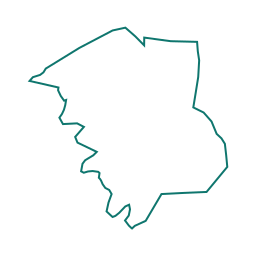 the border of Bərdə, rotated 186°
{"feature_id": "AZE-1696", "entity_name": "Bərdə", "entity_type": "District", "adm_level": 1, "iso_a3": "AZE", "parent_name": "Azerbaijan", "parent_adm1": "", "projection": "orthographic", "projection_center": [47.272, 40.358], "detail": "fine", "context": "isolated", "style": "outline", "palette": "teal", "viewbox_px": 256, "rotation_deg": 186, "n_neighbors": 0, "source": "natural_earth", "source_scale": "10m", "svg_char_len": 1026}
<svg xmlns="http://www.w3.org/2000/svg" viewBox="0 0 256 256"><g transform="rotate(186 128 128)"><path d="M121.3,219.6L94.6,218.8L68.3,220.9L66.6,211.6L64.3,202.7L63.5,186.0L64.4,169.3L65.2,155.3L54.4,151.3L45.6,143.2L39.2,131.4L34.0,127.5L30.0,122.4L27.5,111.1L25.2,99.7L43.2,72.6L66.2,69.2L87.8,65.8L100.7,37.5L111.0,31.4L113.5,28.5L113.9,28.7L116.9,31.0L121.3,35.7L118.1,41.0L117.5,47.3L118.9,51.8L122.5,49.7L127.8,42.8L131.3,39.3L134.1,37.9L140.6,42.8L139.6,51.8L137.4,60.6L140.2,64.4L144.3,66.0L147.3,69.4L149.3,72.9L150.5,74.4L151.8,75.5L151.6,80.2L153.0,81.3L158.7,81.5L163.2,80.6L167.3,78.9L170.1,80.0L169.5,87.7L167.2,91.5L159.6,97.3L156.6,101.0L176.7,108.2L179.6,113.6L172.0,124.5L179.1,127.3L193.1,125.1L197.3,131.1L195.1,135.1L193.6,139.5L192.8,144.2L192.5,149.4L194.4,148.5L198.2,152.8L200.7,156.9L201.5,158.3L201.4,161.0L230.8,164.5L227.9,168.6L221.0,171.6L217.9,174.5L216.0,178.5L184.7,202.6L153.5,223.4L141.1,227.5L130.2,219.8L120.6,211.9L121.3,219.6Z" fill="none" stroke="#0f766e" stroke-width="2"/></g></svg>